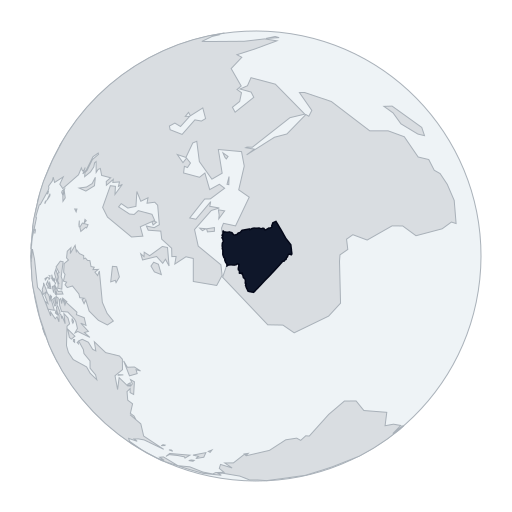 Algeria highlighted on a globe, orthographic projection, rotated 276°
{"feature_id": "DZA", "entity_name": "Algeria", "entity_type": "country or territory", "adm_level": 0, "iso_a3": "DZA", "parent_name": "Africa", "parent_adm1": "", "projection": "orthographic", "projection_center": [1.791, 28.04], "detail": "fine", "context": "on_globe", "style": "filled", "palette": "ink", "viewbox_px": 512, "rotation_deg": 276, "n_neighbors": 0, "source": "natural_earth", "source_scale": "50m", "svg_char_len": 13542}
<svg xmlns="http://www.w3.org/2000/svg" viewBox="0 0 512 512"><g transform="rotate(276 256 256)"><circle cx="256" cy="256" r="225" fill="#eef3f6" stroke="#a8b0b8"/><path d="M135.1,65.9L129.4,69.6L134.4,66.5L142.0,61.8L145.8,59.5L173.2,47.0L199.4,38.2L204.3,36.7L204.5,36.7L205.9,36.5L208.3,35.8L232.4,32.0L233.2,31.9L226.2,33.0L227.3,33.1L233.7,32.1L239.7,31.9L230.0,33.1L239.5,32.9L229.5,36.1L202.0,42.0L198.3,45.9L174.9,58.1L178.9,57.6L172.6,62.9L174.8,64.5L169.9,66.9L176.0,66.3L180.1,63.9L184.1,62.9L185.8,63.9L179.8,66.9L178.1,66.8L177.2,68.2L173.4,69.4L176.2,69.4L168.7,73.3L178.6,71.0L174.7,75.5L169.0,77.7L166.5,75.4L147.0,76.9L140.5,79.5L133.9,85.0L128.0,99.1L122.1,103.3L116.3,110.6L121.0,108.9L127.1,102.7L134.3,101.9L141.0,95.1L144.9,94.1L153.0,88.5L155.0,91.9L152.7,98.3L146.1,103.3L144.9,106.6L153.8,104.2L144.2,116.6L142.3,130.6L139.4,133.9L129.0,135.1L122.2,128.3L108.7,132.3L120.7,132.6L113.4,141.9L113.5,144.9L115.9,146.4L120.0,144.1L118.2,148.2L105.5,148.8L107.0,145.1L111.0,144.7L107.7,141.9L99.2,143.5L96.1,148.7L86.4,147.5L84.1,151.4L80.7,153.7L85.0,147.3L77.0,159.0L65.2,163.1L54.1,184.4L61.4,164.0L61.8,158.3L61.3,153.9L59.3,157.2L61.3,148.4L58.5,149.6L50.7,163.7L44.7,178.4L43.2,186.1L45.8,181.2L46.5,185.0L39.3,200.3L39.4,212.2L35.6,225.7L34.7,235.8L36.4,238.5L37.6,246.8L40.9,241.7L45.0,242.5L42.7,254.4L46.9,246.6L47.9,255.2L57.6,265.2L56.3,267.1L64.1,289.7L76.3,304.8L79.1,315.5L77.3,319.7L82.4,324.3L82.5,327.8L106.1,344.9L121.0,359.1L122.3,370.7L113.6,379.4L114.2,402.4L100.7,402.1L103.1,410.3L102.6,417.7L93.7,410.6L102.3,419.5L102.2,420.4L98.1,416.7L98.9,417.5L87.6,405.6L77.2,393.0L67.7,379.6L54.4,354.1L50.1,344.5L43.0,327.9L33.7,290.0L33.4,280.7L32.6,273.1L35.4,263.0L36.5,245.5L36.0,240.9L34.3,244.4L34.3,226.3L36.8,211.6L42.7,183.4L48.8,167.6L56.0,152.3L64.4,137.6L73.8,123.5L84.3,110.2L95.7,97.7L108.0,86.1L121.2,75.5L135.1,65.9ZM50.6,190.8L51.0,211.1L47.6,206.5L48.8,205.8L49.4,199.0L49.4,190.4L47.3,187.4L50.6,190.8ZM57.8,184.1L57.5,181.5L58.3,183.2L57.8,184.1ZM147.1,58.8L141.9,61.8L134.2,66.5L138.2,63.9L147.1,58.8ZM162.1,51.2L160.3,52.1L154.9,54.7L157.6,53.3L162.1,51.2ZM151.3,87.2L152.1,87.9L150.2,88.5L151.3,87.2ZM154.0,84.3L151.2,84.6L152.1,83.3L153.8,83.1L154.0,84.3ZM240.6,31.3L244.8,31.1L239.3,31.4L240.6,31.3ZM157.3,84.3L154.0,81.0L155.6,78.8L163.5,76.5L157.3,84.3ZM246.4,31.2L256.8,31.3L259.0,31.1L258.5,32.4L249.9,31.5L242.7,31.7L246.7,31.4L246.4,31.2ZM180.6,62.7L176.3,65.3L178.4,62.4L180.6,62.7ZM180.9,61.1L181.4,54.5L188.6,51.5L187.0,54.1L195.0,50.0L198.4,51.7L194.7,54.4L189.3,55.9L194.7,55.5L180.9,61.1ZM256.6,33.5L258.1,33.9L255.2,33.7L256.6,33.5ZM185.9,62.3L185.3,61.1L191.5,58.3L193.8,60.4L191.1,60.6L185.9,62.3ZM195.5,48.3L200.5,46.9L204.6,47.8L207.1,47.5L199.1,51.6L195.5,48.3ZM190.5,61.7L194.8,61.6L193.4,63.8L186.9,63.4L190.5,61.7ZM192.2,56.8L195.3,55.7L194.3,57.0L192.2,56.8ZM190.9,72.5L190.1,70.6L193.3,69.0L190.9,72.5ZM196.5,61.4L196.9,60.6L198.1,59.9L200.5,60.3L196.5,61.4ZM202.5,52.1L203.1,52.9L206.0,50.4L209.2,51.4L203.2,54.1L207.1,53.3L208.1,53.6L202.1,55.5L202.5,52.1ZM206.5,58.6L200.0,63.0L200.8,66.5L198.0,68.0L197.2,62.0L206.5,58.6ZM204.4,56.6L205.1,58.1L201.3,59.0L198.5,58.5L204.4,56.6ZM213.4,51.1L210.1,49.0L211.5,48.5L213.4,51.1ZM207.5,59.5L209.0,58.4L208.0,59.6L207.5,59.5ZM212.5,53.4L211.1,52.6L212.7,52.1L212.5,53.4ZM213.2,57.2L211.1,58.5L209.2,58.1L213.2,57.2ZM213.5,55.3L216.1,54.8L209.7,57.2L212.6,55.0L213.5,55.3ZM214.2,53.0L214.8,52.5L214.6,53.4L214.2,53.0ZM221.9,58.3L214.4,61.4L210.0,60.4L217.9,57.4L221.9,58.3ZM296.3,34.4L286.9,32.9L296.9,34.5L301.6,35.5L308.5,36.9L308.0,36.8L308.3,36.9L329.9,43.5L350.6,51.7L344.6,48.9L359.0,55.7L373.0,63.5L386.3,72.2L399.0,81.9L411.0,92.5L422.2,103.9L432.5,116.0L442.0,128.9L450.5,142.4L458.1,156.4L464.6,171.0L470.1,186.0L474.5,201.3L470.6,188.6L472.3,196.8L469.8,189.4L463.7,179.7L464.9,191.4L468.3,221.8L472.8,241.8L472.2,254.3L461.7,233.1L454.2,216.0L452.1,221.1L439.8,211.7L423.5,223.5L419.6,219.7L416.9,224.5L408.0,223.6L401.5,217.0L396.8,220.2L413.6,237.2L418.5,234.0L420.4,222.6L424.4,229.7L432.8,232.4L428.9,257.3L402.2,289.7L397.1,275.3L363.8,241.0L363.4,235.8L363.2,235.3L362.6,234.4L362.1,243.2L355.6,236.1L376.0,261.9L380.6,274.0L401.9,290.8L400.5,293.9L406.6,296.3L423.1,282.1L423.7,287.2L417.5,314.8L392.4,356.0L394.3,374.3L390.1,391.0L371.4,406.9L370.0,417.7L359.9,424.3L357.2,430.5L347.3,438.7L332.0,447.3L309.2,451.6L310.2,446.8L302.5,438.3L292.9,413.0L301.2,398.8L300.2,388.2L283.5,364.9L287.3,350.1L282.2,344.3L272.1,346.6L265.9,339.4L259.5,339.6L217.9,345.0L203.8,334.5L183.6,302.0L190.1,290.0L188.8,274.9L231.4,225.0L243.3,227.8L280.1,218.8L285.1,220.2L283.8,232.5L313.8,243.1L320.0,231.9L344.2,234.9L358.3,230.7L358.0,207.4L334.8,213.7L327.8,204.1L344.0,189.8L363.9,185.1L361.8,181.3L346.7,176.0L348.7,167.1L341.2,173.6L346.1,176.7L341.6,181.1L336.8,178.6L337.7,175.4L331.0,175.3L328.4,191.6L333.2,196.5L317.2,203.0L323.5,212.1L320.1,217.7L308.0,204.6L307.3,199.0L286.9,186.1L286.3,192.4L305.4,205.3L300.6,204.8L299.9,214.5L296.6,206.8L275.9,192.1L259.8,197.5L243.6,222.0L233.2,224.3L222.6,220.0L224.1,196.3L247.0,193.9L247.9,186.4L239.5,176.1L247.2,176.6L246.6,172.4L254.9,171.3L262.9,160.5L270.8,158.7L270.4,146.1L274.4,143.8L273.5,151.7L277.0,156.6L296.2,152.9L298.9,149.7L297.1,142.1L302.6,142.5L298.4,135.7L307.7,130.8L292.8,131.4L290.3,123.5L294.0,116.5L290.5,114.2L284.5,125.8L284.6,130.5L288.8,134.2L286.6,148.2L280.8,151.5L273.0,137.9L263.9,141.4L261.9,130.2L279.2,104.2L288.3,98.4L310.7,103.8L310.6,108.9L302.5,109.3L313.3,115.6L310.8,111.9L315.4,112.5L314.2,105.9L317.3,106.1L310.7,99.8L314.5,99.3L318.6,103.3L320.0,94.1L326.8,92.0L325.6,89.9L322.4,88.3L333.2,87.1L331.8,85.7L327.7,85.4L322.3,82.6L317.0,77.3L321.0,77.2L323.5,79.1L334.8,83.2L340.7,88.8L341.9,88.3L337.7,83.5L323.9,78.3L319.5,75.2L326.2,76.9L323.4,76.0L322.5,74.5L325.4,73.1L318.2,71.0L302.9,56.8L306.9,53.4L314.5,56.0L308.1,48.0L313.2,46.1L309.4,45.6L303.8,42.4L302.1,42.9L299.9,42.6L284.6,36.1L284.2,35.1L273.3,33.1L271.4,33.1L271.1,33.7L258.5,32.4L259.0,31.1L263.4,31.1L260.7,30.8L269.5,31.1L296.3,34.4ZM220.2,251.3L219.8,255.9L220.2,251.3ZM387.4,191.5L397.7,187.6L388.6,176.1L391.8,173.9L387.5,171.1L387.9,175.4L376.9,167.4L379.7,161.4L376.2,156.3L372.6,157.4L369.2,169.8L385.0,181.0L384.5,187.6L387.4,191.5ZM58.0,265.3L58.9,268.9L57.1,267.3L58.0,265.3ZM45.5,210.5L46.4,212.9L46.3,215.9L45.3,214.8L45.5,210.5ZM56.7,229.0L58.5,232.5L55.9,230.9L56.7,229.0ZM51.4,214.1L55.2,226.7L50.4,225.1L48.3,217.3L50.7,219.8L51.4,214.1ZM54.1,189.7L54.3,191.9L53.1,193.6L54.1,189.7ZM58.4,185.4L58.1,185.1L58.7,182.7L58.4,185.4ZM114.1,141.8L115.1,141.9L116.7,144.1L114.5,144.5L114.1,141.8ZM132.9,146.7L129.6,153.2L130.4,148.6L126.6,150.1L123.6,142.7L137.9,135.3L131.9,139.7L132.9,146.7ZM123.6,131.5L123.9,136.5L123.0,131.4L123.6,131.5ZM235.0,152.6L239.1,154.9L237.6,159.8L227.6,163.8L229.6,156.6L235.0,152.6ZM245.1,157.2L240.2,143.6L246.2,141.1L243.7,144.7L248.1,144.4L245.2,150.2L255.7,161.9L255.2,167.1L237.0,170.6L243.3,166.3L239.0,164.0L245.1,157.2ZM217.1,118.6L215.1,114.2L230.7,114.3L230.8,118.6L220.9,122.3L214.9,119.6L217.1,118.6ZM171.8,81.5L170.0,80.9L171.7,79.9L174.6,79.6L171.8,81.5ZM190.3,71.8L181.4,83.8L178.9,83.5L176.7,91.6L169.2,94.2L170.9,88.7L163.5,97.2L162.0,93.3L157.7,99.3L162.3,86.7L160.6,84.0L165.3,86.0L172.2,83.6L174.7,81.7L180.6,74.7L180.5,68.4L187.3,65.5L192.2,65.2L193.2,66.3L188.4,67.7L193.3,68.1L187.2,71.1L190.3,71.8ZM245.0,71.1L239.0,71.0L247.7,75.0L241.7,76.8L243.1,77.2L239.9,80.2L238.4,84.6L235.2,85.0L236.1,86.6L234.0,88.9L234.0,91.3L228.3,93.0L227.9,96.3L225.4,95.3L226.2,100.5L223.1,97.5L220.0,100.5L224.7,101.8L193.9,108.0L183.4,113.9L176.4,120.9L171.9,115.4L175.6,105.9L183.8,95.8L194.5,91.3L190.6,90.0L194.5,87.6L196.0,89.6L196.1,85.1L199.8,83.8L207.0,76.6L204.9,71.6L207.5,69.1L210.2,70.4L210.9,67.1L217.7,68.0L219.7,66.4L228.4,66.0L232.4,69.9L234.3,67.8L241.0,67.8L245.0,71.1ZM224.3,58.3L230.4,61.9L230.1,64.8L215.1,64.4L212.3,65.8L202.7,66.3L203.3,62.1L206.0,62.3L208.8,61.6L207.5,63.1L210.6,61.3L214.4,61.7L217.9,60.4L218.9,61.9L224.3,58.3ZM289.1,215.1L292.7,215.1L298.0,213.8L297.6,220.1L289.1,215.1ZM274.9,205.2L277.9,204.0L279.9,211.7L276.2,212.0L274.9,205.2ZM277.8,197.1L277.9,203.4L275.6,200.1L277.8,197.1ZM276.1,150.4L279.1,149.0L280.1,150.7L279.2,153.6L276.1,150.4ZM269.6,85.7L266.2,84.6L266.7,83.6L262.1,79.2L266.2,77.8L270.6,79.9L269.6,85.7ZM355.1,212.4L352.1,217.8L349.4,216.3L351.0,214.7L355.1,212.4ZM324.3,219.7L332.2,220.9L324.1,221.5L324.3,219.7ZM273.3,83.5L270.9,81.7L274.5,82.1L273.3,83.5ZM269.0,76.6L272.8,76.6L266.2,77.1L269.0,76.6ZM419.3,375.7L401.2,407.4L393.3,411.0L394.2,404.2L402.6,386.3L412.6,377.4L418.2,367.6L419.3,375.7ZM473.4,243.1L476.3,252.1L475.6,256.2L473.4,243.1ZM305.1,73.0L306.9,80.3L310.9,85.5L317.5,88.0L309.0,88.0L302.8,80.0L305.1,73.0ZM302.7,58.6L297.0,57.1L298.9,56.1L300.4,56.4L302.7,58.6ZM299.7,58.8L293.8,60.2L290.2,58.3L295.5,57.6L299.7,58.8ZM283.8,70.8L284.0,73.0L281.1,72.5L283.8,70.8ZM259.9,33.6L258.2,33.9L258.3,33.4L259.9,33.6ZM299.1,42.9L296.0,42.4L296.2,41.6L299.1,42.9ZM287.7,40.6L289.6,41.8L285.9,40.5L287.7,40.6ZM294.2,44.7L289.6,42.3L296.4,44.6L294.2,44.7Z" fill="#d9dde1" stroke="#a8b0b8" stroke-width="1"/><path d="M277.3,220.6L277.4,220.8L277.4,221.0L277.1,221.2L276.9,221.3L276.7,221.8L276.3,222.1L276.2,222.2L276.2,222.3L276.5,222.5L276.7,222.8L276.6,223.5L276.6,224.1L276.5,224.8L276.5,225.0L276.7,225.3L276.8,225.6L276.9,225.9L276.9,226.6L277.0,227.0L277.2,227.3L276.9,227.8L276.9,228.2L276.8,228.8L276.8,229.2L276.7,229.5L276.5,229.9L276.2,230.1L275.9,230.3L275.6,230.5L275.3,231.1L274.7,231.7L274.6,231.9L274.6,232.3L274.6,232.8L274.8,233.3L275.1,233.9L275.4,234.6L275.5,235.0L276.0,235.3L276.7,235.6L276.8,235.8L277.1,236.2L277.5,237.1L277.6,237.7L278.3,238.2L278.8,238.6L279.4,238.9L280.0,239.3L280.4,240.3L280.6,241.2L280.9,242.1L281.2,243.1L281.5,244.2L281.7,244.9L281.9,245.6L282.2,246.6L281.9,246.8L281.5,247.1L281.8,247.5L282.4,248.3L282.7,248.9L282.9,249.1L283.2,249.9L283.4,250.6L283.5,250.9L283.6,251.4L283.6,253.0L283.9,255.1L284.2,256.1L283.9,257.0L283.7,257.9L283.7,258.3L283.9,259.0L284.1,259.5L284.3,259.7L284.3,260.6L284.3,260.9L283.7,261.4L283.1,261.8L282.9,262.2L282.9,262.6L283.0,262.9L283.5,263.6L284.2,264.6L285.1,265.7L285.2,265.9L285.2,266.8L285.6,267.8L286.0,268.2L286.2,268.5L286.4,268.7L286.7,268.9L286.8,268.9L287.7,268.5L289.2,268.9L290.7,269.3L290.8,269.3L291.1,269.9L291.7,270.8L292.1,271.6L292.5,272.2L290.7,273.6L289.0,274.9L287.2,276.2L285.4,277.6L283.6,278.9L281.8,280.2L279.9,281.5L278.1,282.8L276.9,283.6L276.1,284.3L275.1,285.3L274.2,286.2L273.5,286.9L272.5,287.8L272.0,288.3L271.0,289.3L270.7,289.5L269.2,289.8L267.9,290.1L266.7,290.4L265.9,290.6L265.0,290.7L263.9,291.0L263.0,291.2L262.1,291.4L261.8,291.4L261.7,291.4L261.4,291.3L261.1,291.1L260.9,291.0L260.9,290.8L261.0,290.5L261.1,290.3L261.2,290.2L261.3,290.0L261.4,289.9L261.3,289.5L261.2,289.2L261.2,288.6L261.2,288.4L261.0,288.1L260.4,287.8L260.0,287.7L259.8,287.6L259.2,287.5L258.5,287.4L258.3,287.3L257.8,286.7L257.6,286.5L256.5,286.4L256.2,286.4L255.9,286.2L255.6,286.0L255.5,285.7L255.4,285.5L255.3,285.3L254.2,284.7L253.9,284.5L253.7,284.3L253.7,284.0L253.7,283.7L253.7,283.4L253.6,283.2L253.1,282.8L251.9,282.0L250.7,281.1L249.5,280.3L248.3,279.4L247.2,278.6L246.0,277.7L244.8,276.8L243.7,276.0L242.5,275.1L241.3,274.2L240.2,273.3L239.0,272.5L237.9,271.6L236.7,270.7L235.6,269.8L234.5,268.9L233.5,268.1L232.5,267.3L231.7,266.7L230.9,266.1L230.1,265.5L229.6,265.1L228.9,264.6L228.3,264.2L227.7,263.7L227.0,263.2L226.4,262.7L225.8,262.2L225.2,261.8L224.5,261.3L223.9,260.8L223.3,260.3L222.7,259.8L222.1,259.3L221.4,258.9L220.8,258.4L220.2,257.9L219.6,257.4L219.7,256.6L219.7,255.9L219.8,255.0L219.9,254.2L219.9,253.3L220.0,252.8L220.1,252.2L220.1,251.9L220.5,251.6L221.1,251.2L221.3,251.1L221.6,250.9L222.5,250.4L222.7,250.2L223.7,249.6L223.9,249.5L224.4,249.5L224.6,249.4L224.9,249.1L225.3,248.8L225.5,248.7L225.8,248.7L226.6,248.8L226.9,248.9L227.3,249.0L227.5,248.9L227.7,248.7L227.8,248.4L227.8,248.2L228.1,248.1L228.3,248.1L228.8,248.1L229.5,248.1L230.3,248.0L230.9,247.9L231.4,247.7L232.0,247.4L232.4,247.0L232.8,246.4L233.1,245.8L233.8,245.5L234.4,245.3L234.7,245.3L235.4,245.0L236.0,244.6L236.5,244.2L237.0,244.2L237.5,244.2L237.8,244.0L237.8,243.7L237.6,243.5L237.4,243.4L237.2,243.3L237.1,243.2L237.2,242.9L237.2,242.7L237.3,242.5L237.3,242.2L237.2,241.9L237.1,241.7L237.2,241.3L237.4,241.2L237.7,241.2L238.0,241.3L238.5,241.2L240.0,240.8L240.1,240.6L240.2,240.3L240.3,240.0L240.4,239.9L240.5,239.9L241.0,239.8L241.6,239.7L241.9,239.7L242.6,239.7L243.1,239.8L244.0,239.9L244.6,239.9L245.1,239.9L245.8,240.0L246.0,239.9L246.0,239.7L245.9,239.2L246.2,238.8L246.5,238.5L246.4,238.2L246.1,237.9L245.8,237.7L245.6,237.5L245.3,237.2L245.1,236.9L245.0,236.1L244.8,235.6L244.6,235.1L244.8,234.1L244.6,233.6L244.6,233.3L244.6,233.0L244.7,232.5L244.6,231.8L244.4,231.0L244.5,230.7L244.3,230.3L244.2,230.1L244.3,229.9L244.4,229.6L244.0,229.2L243.4,228.6L243.2,228.4L243.1,228.1L243.8,228.2L244.1,228.2L244.9,227.8L245.5,227.4L246.0,227.1L246.4,226.6L246.8,226.3L247.4,226.0L248.9,225.3L249.2,225.3L249.7,225.5L250.1,225.4L250.5,225.1L250.8,224.5L251.3,224.1L252.0,223.8L252.8,223.4L253.4,223.1L254.3,222.8L256.6,222.6L257.7,222.4L258.5,222.5L259.3,221.9L259.7,221.7L261.4,221.7L262.3,221.3L265.3,221.2L265.7,221.3L266.1,221.5L266.7,222.0L267.0,222.1L267.5,222.0L268.4,221.5L269.4,221.2L270.0,220.9L270.2,220.5L270.7,220.3L271.0,220.6L272.1,220.9L272.8,220.8L273.1,220.7L273.0,220.2L273.7,220.3L274.2,220.5L274.8,220.9L275.2,221.0L275.9,220.7L277.3,220.6Z" fill="#0f172a" stroke="#020617" stroke-width="1.5"/></g></svg>